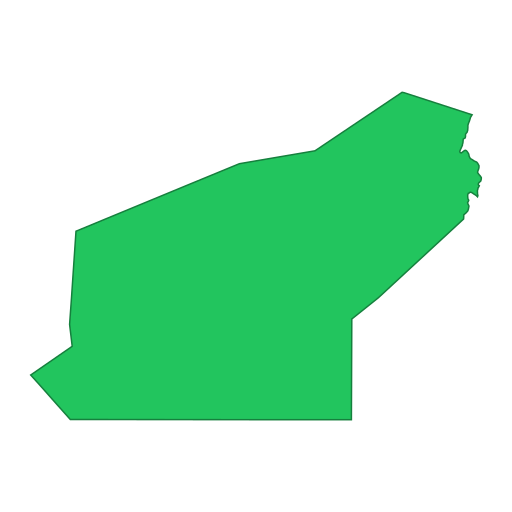 outline of Bicurga, Centro Sur, Equatorial Guinea
{"feature_id": "11065452B87560810385120", "entity_name": "Bicurga", "entity_type": "district", "adm_level": 2, "iso_a3": "GNQ", "parent_name": "Equatorial Guinea", "parent_adm1": "Centro Sur", "projection": "albers", "projection_center": [10.52, 1.549], "detail": "fine", "context": "isolated", "style": "filled", "palette": "green", "viewbox_px": 512, "rotation_deg": 0, "n_neighbors": 0, "source": "geoboundaries", "source_scale": "gbopen_adm2", "svg_char_len": 1428}
<svg xmlns="http://www.w3.org/2000/svg" viewBox="0 0 512 512"><path d="M472.1,114.8L404.1,92.7L402.1,92.3L315.0,150.8L239.4,163.7L187.0,185.3L76.0,231.2L73.5,268.0L71.5,297.8L69.6,324.4L72.2,346.3L30.7,375.0L41.3,386.8L52.5,399.5L70.3,419.5L94.2,419.5L262.6,419.7L351.4,419.7L351.8,319.0L378.3,297.8L463.6,219.0L463.7,217.5L463.8,214.7L465.5,213.4L466.4,212.5L467.8,210.9L468.5,208.8L468.6,207.5L468.9,206.9L468.9,205.9L468.5,205.0L467.9,203.9L467.6,202.3L468.1,201.8L468.7,200.5L468.6,199.9L467.9,198.8L467.7,196.3L467.7,194.8L468.3,193.3L469.2,193.0L470.1,192.2L471.3,192.4L472.3,192.9L473.8,194.0L475.0,194.7L476.3,195.6L477.5,196.8L477.9,195.6L477.5,193.6L477.5,192.5L477.4,190.7L477.9,188.9L478.0,188.0L478.8,186.8L479.3,185.7L478.7,185.3L478.3,184.7L478.4,183.5L478.7,182.9L480.8,181.0L481.3,178.9L481.3,177.5L480.2,175.9L479.1,174.7L477.6,172.6L477.8,171.1L478.7,168.8L479.0,167.2L479.0,165.7L477.7,163.3L476.7,162.1L474.2,161.0L473.1,160.2L471.5,159.2L470.5,158.7L469.8,157.6L469.1,156.2L469.0,155.3L468.7,154.0L467.7,152.3L466.6,150.9L465.6,150.3L464.5,150.5L461.4,152.9L460.2,152.6L459.7,151.3L462.4,145.3L462.4,144.6L462.9,142.9L463.1,140.8L463.2,139.2L463.8,138.7L464.7,138.2L465.2,137.9L465.5,136.6L465.5,135.3L465.6,134.1L466.2,133.2L467.0,132.4L467.7,130.3L467.9,127.4L467.9,125.4L468.2,124.2L468.8,122.5L469.4,121.1L470.0,119.2L470.5,117.4L472.1,114.8Z" fill="#22c55e" stroke="#15803d" stroke-width="1.5"/></svg>